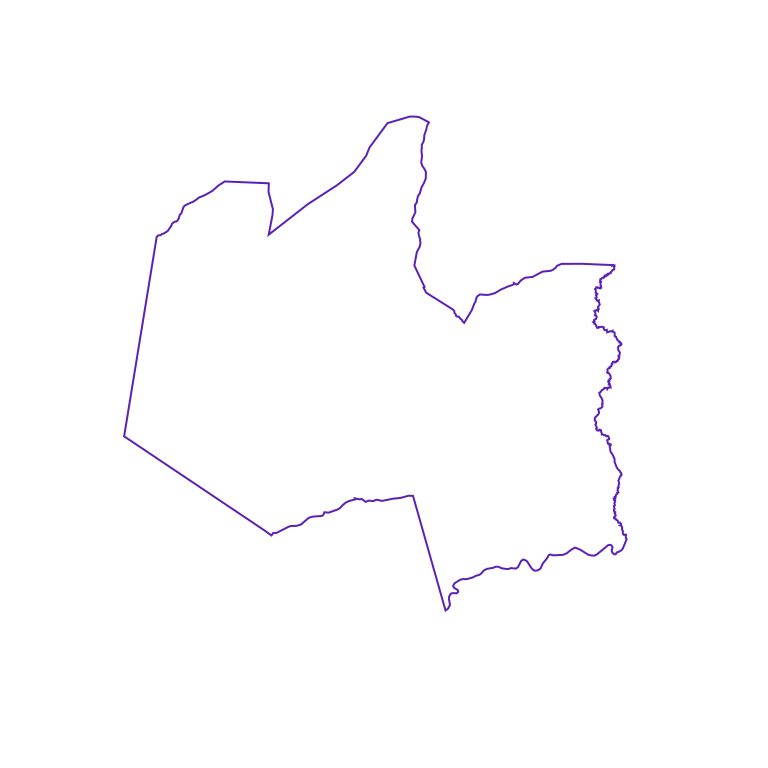 Mwandi, Western, Zambia (Albers equal-area conic projection), rotated 336°
{"feature_id": "96606910B67741623521388", "entity_name": "Mwandi", "entity_type": "district", "adm_level": 2, "iso_a3": "ZMB", "parent_name": "Zambia", "parent_adm1": "Western", "projection": "albers", "projection_center": [24.97, -17.112], "detail": "fine", "context": "isolated", "style": "outline", "palette": "violet", "viewbox_px": 768, "rotation_deg": 336, "n_neighbors": 0, "source": "geoboundaries", "source_scale": "gbopen_adm2", "svg_char_len": 6166}
<svg xmlns="http://www.w3.org/2000/svg" viewBox="0 0 768 768"><g transform="rotate(336 384 384)"><path d="M640.7,368.1L613.5,354.6L595.1,346.5L590.2,346.4L587.9,347.7L584.5,348.4L582.5,348.4L574.4,345.8L563.3,346.6L556.0,344.3L551.1,345.1L546.9,347.1L545.6,347.1L543.7,344.6L543.3,345.6L541.7,345.8L536.5,345.3L529.3,345.3L522.3,346.1L516.8,345.3L514.2,344.5L508.0,341.2L505.4,341.7L503.8,342.5L501.0,346.1L499.4,347.1L494.2,352.3L482.1,360.7L481.2,358.5L481.3,357.2L480.4,355.8L479.8,352.9L478.1,352.1L477.6,351.3L477.8,349.4L477.3,347.7L477.9,346.0L477.4,344.2L459.7,317.8L459.3,312.0L460.5,311.9L459.9,288.1L467.6,276.9L472.7,272.9L475.0,269.5L475.2,267.6L475.9,266.7L476.2,263.2L477.0,259.6L478.9,257.8L475.6,247.1L477.4,244.2L482.5,239.9L485.0,233.1L487.7,231.6L489.2,229.1L491.8,225.8L493.8,224.9L498.2,219.7L502.3,216.6L505.8,213.2L508.5,207.4L508.5,204.6L507.7,200.3L508.1,196.7L511.4,191.4L513.1,186.1L514.5,183.9L515.7,181.0L518.5,178.8L519.9,177.1L522.2,172.9L526.6,168.2L528.2,165.7L531.5,163.3L524.8,154.7L521.8,152.7L516.4,150.2L493.3,147.1L466.9,162.1L460.6,168.2L443.1,178.1L421.9,183.3L387.3,188.8L339.4,200.7L350.8,184.4L353.6,179.2L356.6,161.7L360.4,153.8L320.9,134.2L313.2,135.4L305.6,137.8L297.6,138.6L290.4,138.4L288.0,139.2L283.0,140.0L281.3,139.7L275.0,139.9L272.9,140.7L268.3,145.6L266.1,146.5L263.9,149.2L261.8,150.7L260.5,151.1L258.5,150.6L255.7,151.3L253.9,153.0L248.6,156.3L244.5,156.9L242.1,156.7L240.2,157.2L238.3,156.4L236.3,157.0L125.3,326.1L214.6,468.1L219.6,476.6L222.3,475.0L225.2,476.3L238.6,475.6L241.1,475.8L246.3,478.0L251.0,478.6L259.9,475.9L261.7,475.7L265.4,476.3L273.3,479.2L274.3,479.2L276.2,478.2L277.3,476.9L281.1,479.0L290.8,479.8L293.5,479.4L296.8,477.9L300.8,476.8L304.7,476.7L310.8,477.7L310.9,476.6L315.0,479.6L316.8,479.9L319.4,484.3L322.7,484.3L326.4,486.6L330.0,486.6L334.7,490.0L345.8,492.5L352.8,494.8L361.1,496.1L365.0,498.0L348.1,615.9L351.1,615.3L354.4,612.7L356.0,606.5L357.3,604.5L359.2,603.0L360.1,602.7L362.0,603.1L365.3,604.8L367.2,604.1L367.6,602.9L367.4,602.0L365.2,598.8L364.9,596.9L366.1,595.6L368.0,594.6L374.2,593.8L377.4,594.5L378.9,595.4L381.3,596.1L386.3,596.8L389.8,596.6L393.3,597.1L395.3,596.8L399.6,594.9L403.1,594.8L408.7,596.3L412.0,596.4L414.5,597.7L416.3,600.0L420.6,602.8L422.7,603.7L424.8,603.7L429.5,606.3L431.9,605.8L437.5,601.3L439.8,601.0L441.4,602.4L442.6,604.3L443.5,610.8L444.6,614.4L445.8,615.9L448.1,616.7L450.6,616.6L452.1,616.1L456.0,612.6L461.7,609.7L465.2,607.2L466.6,607.5L469.2,609.5L478.1,612.9L482.0,613.0L486.9,611.7L491.6,611.1L492.7,611.8L496.2,615.6L500.9,622.7L503.5,624.9L506.2,626.3L509.1,626.3L523.2,622.4L525.2,622.9L526.2,624.0L526.4,626.1L524.4,628.5L524.0,630.8L524.9,633.1L526.4,633.8L528.0,632.6L531.4,632.8L533.6,632.3L535.4,631.3L542.6,624.4L542.3,623.3L543.0,621.3L543.8,620.2L543.2,619.6L541.9,619.5L541.4,618.9L541.6,617.2L542.5,615.2L542.2,613.8L543.2,612.1L543.2,610.0L542.2,609.2L543.3,608.9L543.6,608.3L543.1,606.6L541.7,606.1L541.9,603.7L540.9,602.6L540.8,601.3L539.6,600.5L539.7,599.7L540.3,599.0L541.5,599.0L542.4,597.8L542.1,596.4L543.2,595.2L542.3,594.2L543.0,593.0L542.9,592.3L543.8,591.9L544.5,588.9L545.7,588.6L546.0,586.6L547.6,585.2L547.6,584.7L546.9,583.8L547.1,583.2L548.3,583.0L547.7,582.0L548.7,582.1L548.9,581.0L549.9,581.2L550.8,579.5L552.4,579.2L552.8,578.2L554.0,578.4L554.1,576.1L555.0,575.0L555.1,574.2L556.3,574.0L556.4,572.9L558.4,570.6L558.8,567.8L562.2,564.4L563.4,564.1L563.4,563.7L564.1,563.5L564.4,561.6L564.1,561.2L564.1,559.4L563.2,557.4L562.7,555.2L562.9,549.3L564.2,545.9L564.0,540.5L563.4,538.5L565.0,532.0L566.2,532.2L566.5,531.8L566.3,530.8L564.4,529.6L564.7,527.6L565.2,526.0L567.1,526.0L567.5,525.7L567.6,522.8L567.1,522.3L565.8,522.1L565.4,520.7L564.2,520.3L563.8,519.5L562.4,518.7L562.9,517.6L562.9,515.9L563.4,515.1L563.2,514.0L562.2,513.3L561.2,514.0L559.6,512.8L559.6,511.2L560.5,510.8L560.7,510.2L560.6,507.1L561.6,506.5L562.4,504.7L561.8,503.3L561.9,502.3L563.2,500.5L567.3,499.0L568.6,497.9L569.1,496.8L569.2,494.3L570.7,494.0L572.0,494.4L574.4,493.5L574.9,491.3L575.7,491.0L575.8,490.0L576.8,488.3L577.1,486.4L576.5,482.3L577.1,479.6L579.0,479.3L580.2,478.3L582.7,478.0L584.0,477.2L585.9,478.4L585.9,479.5L587.5,478.4L589.5,479.5L590.0,477.8L589.6,476.5L590.3,475.9L590.2,475.2L589.5,475.3L589.9,474.6L589.8,472.9L590.2,472.5L590.5,473.0L590.8,472.4L591.3,472.7L592.0,471.3L593.0,471.4L593.5,471.0L594.3,468.4L593.8,465.5L593.1,465.2L592.5,464.2L593.4,463.5L594.0,461.7L595.2,461.0L596.7,461.2L596.9,460.4L597.8,460.6L598.2,460.1L599.2,460.0L599.5,459.2L600.5,458.8L600.6,457.8L601.6,457.6L602.1,456.9L603.4,457.3L603.7,458.3L604.6,458.4L605.9,457.6L606.7,458.1L607.9,456.7L608.8,456.7L609.8,455.4L609.3,454.6L609.7,453.6L610.7,453.7L612.3,451.1L611.8,448.6L612.8,445.5L614.4,444.7L615.4,444.9L616.0,444.4L616.5,444.7L617.2,444.1L617.0,442.4L616.5,442.6L616.1,442.0L615.8,441.1L616.1,440.5L615.0,438.4L615.2,435.2L614.2,434.3L615.6,430.8L614.2,429.2L614.5,428.3L612.8,428.4L611.8,427.7L610.4,427.8L609.4,427.0L609.0,427.2L609.5,425.3L608.9,425.4L607.4,424.3L607.2,422.6L607.8,422.0L607.7,421.4L606.9,420.6L603.3,419.3L602.9,419.9L601.5,419.4L601.5,414.9L600.7,414.6L600.9,413.4L600.4,412.5L601.8,412.4L601.7,411.3L602.4,410.7L604.0,410.9L605.4,409.6L605.7,407.9L604.7,407.0L605.5,406.3L606.2,404.1L605.8,403.4L605.9,402.8L608.6,402.9L609.3,404.3L609.8,403.4L610.6,403.0L610.8,402.2L610.4,401.6L610.9,400.6L613.4,399.2L613.7,396.1L614.3,395.0L612.7,394.9L612.1,391.7L613.1,391.8L613.7,390.7L613.7,389.1L614.3,388.7L615.1,388.9L615.6,388.3L614.5,386.7L615.6,384.6L615.4,383.1L616.6,382.7L617.1,382.0L618.2,382.4L618.3,383.0L619.5,383.3L619.6,384.1L620.9,384.8L621.7,384.1L621.5,383.7L622.1,382.8L622.1,381.4L623.4,379.2L623.0,378.8L623.9,378.6L623.5,377.4L624.2,376.3L625.0,376.5L626.5,375.8L628.0,376.3L628.3,375.7L629.2,375.8L629.6,374.8L630.7,375.5L631.3,375.0L631.5,375.6L632.6,375.0L632.6,374.5L633.3,374.4L634.0,374.5L634.0,375.0L634.9,374.6L636.2,375.0L636.8,374.0L637.8,373.8L639.1,372.8L640.9,373.0L641.6,371.3L642.2,370.7L642.0,370.3L642.5,370.2L642.7,369.6L642.3,369.6L642.0,368.7L641.3,368.8L641.1,368.2L640.6,368.4L640.7,368.1Z" fill="none" stroke="#5b21b6" stroke-width="2"/></g></svg>